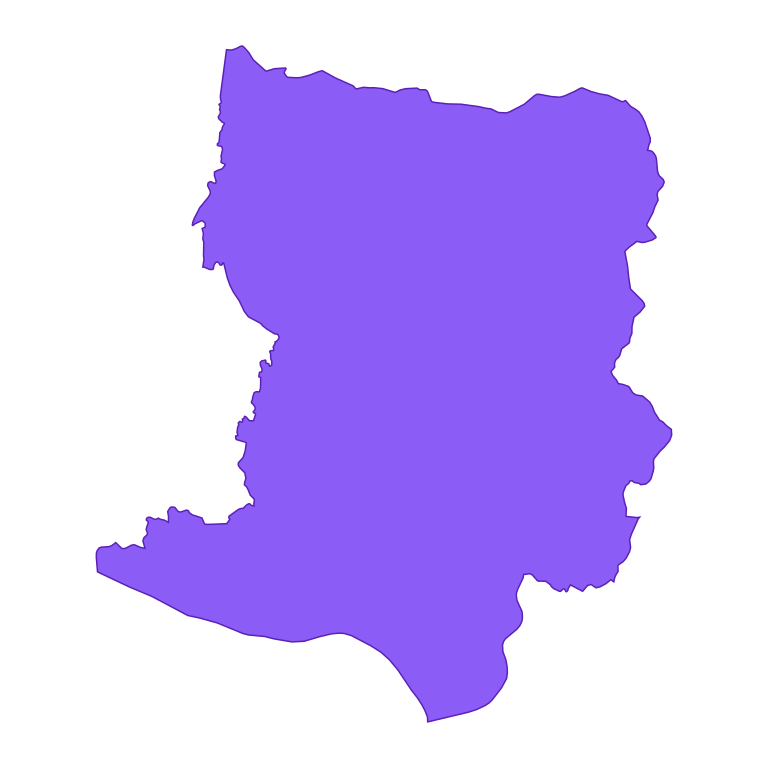 Uong Bi, Quảng Ninh, Vietnam (Robinson projection)
{"feature_id": "81297802B42641748496229", "entity_name": "Uong Bi", "entity_type": "district", "adm_level": 2, "iso_a3": "VNM", "parent_name": "Vietnam", "parent_adm1": "Quảng Ninh", "projection": "robinson", "projection_center": [106.761, 21.071], "detail": "fine", "context": "isolated", "style": "filled", "palette": "violet", "viewbox_px": 768, "rotation_deg": 0, "n_neighbors": 0, "source": "geoboundaries", "source_scale": "gbopen_adm2", "svg_char_len": 6073}
<svg xmlns="http://www.w3.org/2000/svg" viewBox="0 0 768 768"><path d="M97.5,571.9L129.0,586.8L152.0,596.5L187.8,615.5L199.1,617.9L217.1,622.9L242.9,633.5L248.7,635.0L264.8,636.5L273.7,638.8L291.8,641.9L304.0,641.3L319.6,636.7L331.7,633.8L338.7,633.2L344.0,633.4L351.4,635.6L370.7,645.7L381.2,652.4L389.4,659.8L397.7,669.7L411.6,690.4L417.6,698.1L422.0,705.0L424.9,710.5L427.4,716.8L427.7,721.9L469.1,712.0L476.7,709.5L485.4,705.4L489.1,702.9L492.3,699.8L501.5,687.9L506.6,678.5L507.4,672.8L507.1,666.6L505.9,659.9L502.9,651.6L502.5,645.0L503.6,641.5L505.4,638.8L516.9,629.2L519.8,625.7L521.6,622.2L522.4,618.8L522.4,614.7L521.9,611.3L516.9,600.2L516.3,595.4L516.6,592.5L517.8,589.1L523.2,577.7L523.6,574.5L530.0,573.7L532.3,574.9L537.5,580.8L538.2,581.1L545.7,581.2L550.4,584.8L551.5,586.7L553.5,588.5L559.4,591.3L560.6,591.3L563.1,589.1L564.1,588.9L564.6,589.1L565.8,591.5L566.7,591.7L567.8,590.5L568.3,588.3L570.5,584.9L582.6,591.3L587.6,585.5L591.2,584.5L595.9,587.8L599.9,586.9L605.9,583.7L610.9,579.7L613.8,581.9L614.7,577.7L615.8,575.1L618.1,571.4L617.9,565.8L618.4,564.9L623.2,561.6L626.1,558.2L629.5,551.8L630.6,547.5L629.6,539.7L631.3,534.4L638.1,519.1L639.6,517.2L637.0,517.6L626.0,516.4L626.4,508.4L624.6,502.5L623.1,495.4L623.0,493.9L623.7,491.0L626.0,485.6L628.6,483.5L630.2,480.8L632.2,480.9L634.3,482.5L638.9,483.3L640.8,484.7L645.8,484.0L649.3,481.2L650.9,478.9L653.2,471.4L653.8,467.7L653.4,462.2L653.9,458.9L660.0,451.2L664.0,447.4L669.6,440.7L671.7,435.0L671.3,429.3L666.5,425.7L662.8,421.9L659.5,420.1L654.4,412.0L652.2,406.2L649.5,401.9L642.6,396.0L636.3,395.0L633.9,393.7L632.4,392.3L629.4,387.3L628.3,386.3L622.8,384.4L618.4,383.6L616.5,380.1L612.7,375.5L611.0,371.6L614.7,367.2L614.5,363.8L614.9,361.8L616.1,359.4L618.2,357.7L619.7,355.6L621.6,348.9L629.1,343.0L629.7,341.0L629.7,338.8L631.9,333.3L632.0,326.7L634.0,317.2L640.1,312.0L644.7,306.2L644.2,303.6L642.4,300.9L630.5,289.0L628.7,277.2L627.6,266.3L624.9,251.8L625.5,250.6L629.0,247.3L636.9,241.4L642.0,242.5L644.6,242.3L652.2,240.0L655.9,237.7L656.0,236.9L654.4,234.6L647.0,225.9L646.8,224.4L652.9,212.6L654.8,206.9L658.1,200.0L657.1,194.9L657.8,191.6L662.6,186.3L664.2,182.1L663.3,179.6L659.3,175.8L658.2,173.5L657.5,170.9L656.4,158.7L655.7,156.3L654.2,153.7L652.2,151.5L649.9,150.6L647.6,150.4L649.0,144.5L650.2,142.0L650.3,138.2L644.7,121.6L642.0,116.2L638.9,111.9L635.7,109.4L630.5,106.3L626.0,101.0L625.2,100.6L623.4,101.6L621.1,101.4L608.1,95.3L599.6,93.9L591.0,91.5L582.3,87.9L580.2,88.3L574.4,91.5L564.6,95.9L559.9,97.2L551.7,96.6L539.1,94.3L536.9,94.3L534.8,95.4L524.2,104.3L509.9,111.7L506.6,112.9L498.4,112.5L491.1,108.9L485.1,108.1L479.3,106.7L461.0,104.2L447.6,103.9L435.4,102.5L432.6,102.0L431.4,101.3L427.7,91.8L426.8,90.6L425.2,89.7L419.9,89.8L417.0,88.1L405.4,88.7L399.9,90.1L395.2,92.4L382.7,88.6L373.8,87.7L369.6,87.8L363.5,87.3L356.6,88.9L355.2,88.2L353.9,86.5L352.7,85.7L335.5,78.0L322.3,70.7L318.5,71.7L309.6,75.1L301.2,77.4L296.9,77.8L288.0,77.3L286.6,76.6L284.2,73.0L284.6,71.3L285.9,69.2L286.0,68.4L285.5,68.0L274.4,68.7L266.0,71.2L253.3,59.9L248.8,52.6L244.3,47.5L242.6,46.1L241.0,46.1L235.6,48.8L231.3,50.1L226.5,49.7L220.3,96.2L220.6,99.4L221.4,101.9L220.9,103.1L219.1,104.3L219.0,104.7L220.4,106.7L219.5,109.5L220.3,111.1L220.3,113.4L218.3,116.7L218.6,118.4L219.2,119.2L222.4,122.3L224.0,122.9L224.4,123.7L222.3,127.4L222.0,129.8L219.9,132.4L219.1,142.0L217.3,144.0L217.4,145.2L218.0,145.7L221.2,146.3L222.0,147.2L222.5,149.6L221.0,156.2L221.5,158.6L221.0,162.1L221.8,162.9L224.5,163.9L225.1,165.0L222.2,168.8L217.9,170.2L214.5,172.0L214.4,175.3L216.2,181.6L215.5,183.3L214.6,183.4L211.0,181.7L210.0,181.7L208.2,182.8L207.6,185.5L210.2,191.1L210.3,193.8L208.1,197.5L199.8,207.6L194.2,218.5L192.9,222.0L192.3,225.1L193.0,225.5L195.2,223.7L201.6,220.7L202.5,220.9L205.2,223.1L205.1,227.1L202.1,228.5L203.4,233.5L202.8,239.0L203.8,242.3L203.5,255.8L204.0,259.3L202.8,267.1L204.4,267.2L209.7,269.5L212.5,269.5L213.3,269.0L213.9,265.5L215.6,262.5L217.8,262.0L219.2,263.4L219.9,264.9L221.1,265.2L222.0,264.8L222.7,262.9L223.8,263.4L227.4,278.2L230.1,285.6L233.4,292.1L239.3,300.9L244.3,311.4L248.5,316.9L260.5,323.3L263.1,326.2L267.0,329.2L274.5,333.8L277.7,334.3L279.0,336.8L279.0,338.1L277.9,339.9L276.2,341.5L275.0,341.9L275.3,343.0L273.1,347.0L273.7,348.9L273.4,350.5L270.5,350.7L269.7,351.5L270.7,354.2L270.6,356.5L270.9,359.3L271.7,361.0L271.7,365.2L269.6,366.2L269.1,365.4L268.9,363.9L265.7,362.8L265.9,360.9L265.5,360.1L261.7,360.9L260.2,362.4L260.4,365.3L261.9,368.7L262.1,370.3L261.4,372.0L259.7,372.2L259.4,372.7L258.8,376.2L258.8,376.7L260.4,377.4L260.7,378.2L260.5,388.2L259.4,391.8L256.2,391.7L254.2,392.6L252.7,397.1L252.4,399.7L251.4,401.7L251.6,403.0L252.8,403.9L254.9,406.8L255.3,408.6L254.2,410.8L253.3,411.5L253.4,412.7L255.0,413.3L255.6,414.1L253.5,420.7L249.6,420.8L245.8,416.7L244.5,416.4L243.8,418.5L242.3,419.1L242.7,420.9L242.5,421.8L241.5,422.1L239.9,421.4L238.3,422.7L238.7,425.0L237.6,427.4L237.0,432.4L237.9,435.3L237.1,435.9L235.9,435.8L235.6,436.4L235.8,438.7L236.4,439.6L245.3,442.2L246.3,442.9L245.2,450.9L243.1,457.5L238.4,462.7L238.2,464.4L238.5,465.8L240.1,468.1L244.8,472.8L245.9,478.3L244.5,483.0L244.4,484.9L246.6,486.8L248.5,490.5L250.2,495.1L253.9,498.8L254.4,500.5L253.8,503.4L254.0,505.9L251.4,505.4L249.6,503.7L248.4,503.9L246.8,504.8L243.1,508.3L240.3,508.6L238.3,509.5L229.1,516.1L228.7,517.6L229.8,519.4L226.7,523.7L207.8,524.4L205.2,524.2L204.4,523.7L202.0,518.0L192.2,514.8L189.1,512.5L188.7,511.0L187.9,510.5L186.4,510.1L180.8,512.0L178.9,511.8L177.9,511.3L175.1,507.6L173.4,507.0L171.0,507.1L169.9,507.9L167.7,511.5L168.5,516.4L168.4,522.3L164.5,520.2L159.5,519.0L158.6,518.1L156.0,519.3L154.0,519.1L150.4,517.3L148.0,517.3L146.9,518.1L146.3,519.2L146.4,520.2L147.9,521.4L148.3,522.3L146.3,528.6L146.3,530.0L147.5,533.1L147.1,534.7L143.9,537.8L142.9,540.8L145.0,548.3L140.4,547.4L134.8,544.9L133.2,544.8L131.2,545.3L126.5,547.8L123.9,548.7L121.6,548.3L115.8,542.6L111.9,545.5L108.9,546.7L101.5,547.1L99.2,547.9L97.1,550.8L96.4,553.2L96.3,557.2L97.5,571.9Z" fill="#8b5cf6" stroke="#5b21b6" stroke-width="1.5"/></svg>